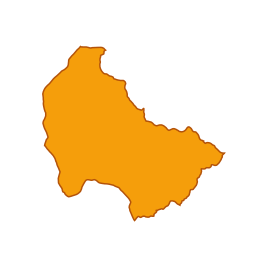 the district of San Miguel, Santander, Colombia, rotated 163°
{"feature_id": "7082276B16360663879170", "entity_name": "San Miguel", "entity_type": "district", "adm_level": 2, "iso_a3": "COL", "parent_name": "Colombia", "parent_adm1": "Santander", "projection": "albers", "projection_center": [-72.659, 6.563], "detail": "fine", "context": "isolated", "style": "filled", "palette": "amber", "viewbox_px": 256, "rotation_deg": 163, "n_neighbors": 0, "source": "geoboundaries", "source_scale": "gbopen_adm2", "svg_char_len": 5714}
<svg xmlns="http://www.w3.org/2000/svg" viewBox="0 0 256 256"><g transform="rotate(163 128 128)"><path d="M149.7,219.8L151.7,218.5L153.6,217.7L158.2,214.7L160.7,213.4L163.9,211.3L164.9,210.3L165.1,209.5L166.8,205.6L167.9,204.3L169.7,203.3L171.3,202.6L172.3,202.3L174.8,201.8L176.7,200.7L180.6,198.8L183.0,197.8L184.8,196.9L187.8,194.9L190.1,193.4L192.7,192.2L195.1,190.8L196.6,189.5L198.4,187.4L199.5,185.5L200.1,182.1L200.7,179.9L200.9,178.3L201.9,175.9L202.2,174.0L202.5,170.4L202.5,168.8L202.5,168.1L202.3,167.1L202.3,166.4L203.2,163.5L205.5,160.6L206.5,159.8L207.4,158.5L207.9,157.3L208.0,154.3L207.9,152.0L207.2,147.7L207.1,143.0L207.2,142.5L208.2,141.5L209.4,140.8L212.2,136.9L212.9,135.5L212.5,135.1L211.3,131.5L210.3,129.5L210.0,128.5L209.1,126.9L207.6,123.6L207.1,121.7L206.7,120.0L206.7,117.7L206.7,117.0L206.5,116.4L206.5,115.6L206.5,114.8L206.6,113.8L206.5,112.3L206.2,110.5L205.8,105.9L208.5,101.7L209.4,100.2L210.5,95.8L209.9,93.0L209.0,90.1L208.8,88.9L209.0,87.5L209.0,86.1L208.1,85.2L207.6,84.6L207.6,83.9L207.3,82.7L206.5,81.4L205.8,80.4L205.0,79.7L204.3,79.5L202.9,79.4L196.9,79.5L195.3,79.8L193.5,80.5L192.0,81.3L190.2,83.4L189.5,84.7L188.2,86.1L186.7,87.6L184.4,89.7L183.2,90.4L181.9,90.4L180.5,89.9L179.1,89.1L177.9,88.6L175.4,88.5L174.2,87.7L173.4,86.8L172.6,85.4L171.6,84.1L170.5,83.4L168.8,82.5L166.6,81.5L164.4,80.7L162.5,79.8L158.6,77.5L157.3,76.1L154.5,73.9L153.8,73.0L153.4,71.5L152.8,70.2L151.9,68.9L150.1,65.1L148.2,61.2L147.6,59.6L147.2,57.9L147.0,56.4L147.3,55.8L149.5,53.1L150.1,51.7L150.1,50.0L150.3,48.4L150.1,46.5L149.6,41.6L149.2,38.9L148.8,37.6L148.0,38.0L146.2,39.4L144.4,40.4L143.7,40.3L143.3,40.0L142.5,39.1L141.9,38.8L141.2,38.9L140.5,39.1L139.6,39.2L138.5,39.0L137.9,38.7L137.4,38.3L137.1,37.9L136.5,37.6L135.2,37.0L134.5,36.8L133.7,36.7L132.3,37.1L131.7,37.0L130.9,36.7L130.3,36.4L129.5,36.2L129.2,36.2L128.9,36.3L128.7,37.2L128.4,37.8L126.9,38.7L126.3,38.8L125.8,39.1L125.2,39.5L125.1,40.2L125.2,40.8L125.0,41.0L124.3,40.6L123.9,40.5L123.1,40.9L122.5,40.9L119.4,40.9L119.0,40.7L118.5,40.2L118.0,40.1L117.6,40.2L115.5,41.4L114.5,41.8L113.7,41.9L112.7,42.0L112.2,42.3L110.8,43.5L109.8,44.8L108.9,45.6L108.2,45.7L106.6,45.2L105.8,44.7L105.0,44.2L104.3,43.4L103.3,41.5L102.9,40.9L100.9,39.0L100.8,39.3L100.5,39.7L100.1,40.1L98.8,40.7L98.4,41.2L98.2,41.5L98.0,42.1L97.9,42.3L97.5,42.5L96.1,42.4L95.8,42.6L95.5,42.9L95.4,43.2L95.1,43.5L94.4,43.7L93.2,43.8L92.7,43.9L92.3,44.2L91.9,44.7L90.3,45.3L89.6,45.7L88.8,46.5L88.2,47.7L87.7,48.3L87.3,49.3L87.1,49.6L86.5,50.4L86.1,50.7L85.5,50.6L84.4,50.3L83.7,50.3L83.4,50.4L82.8,51.0L81.8,51.5L81.1,52.1L79.4,53.3L78.6,54.3L77.5,56.1L77.3,56.7L77.3,57.6L77.0,58.6L76.6,59.3L75.9,59.7L75.2,60.0L74.6,60.1L74.2,60.3L73.4,61.3L73.2,61.6L72.9,61.9L71.8,62.7L71.5,63.1L71.2,63.8L70.6,64.6L70.3,65.3L70.1,66.9L69.9,67.4L69.5,67.5L69.0,67.2L68.5,67.0L67.2,66.6L66.4,66.5L65.8,66.6L65.0,67.0L64.6,67.1L62.0,66.2L61.5,66.2L61.1,66.3L60.4,66.6L59.9,66.9L59.5,67.4L59.1,68.2L58.9,68.4L58.4,68.3L57.8,68.1L57.3,67.8L56.2,67.0L55.4,66.7L54.7,66.6L54.1,66.6L53.5,66.8L51.2,68.0L49.9,69.1L48.5,70.3L47.7,71.2L47.2,71.9L46.4,72.6L46.2,72.9L46.1,73.7L45.9,74.2L45.2,74.7L44.4,75.1L43.9,75.4L43.4,75.6L43.2,75.7L43.1,75.8L43.9,76.0L45.2,76.6L45.8,76.9L46.7,77.7L47.5,78.8L48.1,80.2L48.5,80.7L48.9,81.6L50.2,83.7L50.3,84.4L50.4,85.3L50.7,85.9L51.1,86.4L51.7,86.8L52.0,87.1L52.6,87.9L52.7,88.2L53.5,89.2L54.0,89.6L54.5,90.0L55.7,90.6L56.7,90.9L57.0,90.9L58.0,90.9L58.2,90.7L58.3,90.7L58.6,90.8L58.8,91.0L59.6,92.4L60.0,93.2L60.0,93.5L59.7,93.6L60.3,94.2L61.1,94.7L61.6,95.0L62.3,95.9L62.6,96.9L62.7,97.6L62.7,100.1L62.9,101.1L63.1,101.7L63.9,103.5L64.1,104.0L64.5,104.4L65.0,104.7L65.9,105.0L66.6,105.5L66.8,105.8L67.3,106.9L67.3,107.4L67.6,108.6L68.0,109.5L68.7,110.5L69.1,111.0L69.5,111.2L70.2,111.4L71.0,111.1L71.4,110.9L73.1,109.5L74.5,108.8L75.3,108.6L76.0,108.5L76.8,108.5L77.4,108.6L78.1,108.7L78.8,109.1L80.0,109.8L80.4,110.3L80.7,110.8L81.3,111.4L82.6,112.8L84.0,113.8L84.8,114.1L85.5,114.2L88.9,113.8L89.4,113.8L89.7,113.9L90.3,114.5L90.6,115.1L91.1,116.0L91.4,117.0L92.8,119.1L93.4,119.8L94.1,120.4L94.8,121.0L95.6,121.3L96.6,121.6L97.6,121.7L99.8,121.7L100.6,122.1L101.6,122.9L102.0,123.3L103.0,125.3L103.8,126.5L104.1,126.8L104.7,127.2L106.0,128.0L107.0,128.6L107.6,128.9L108.3,129.2L108.6,129.2L108.8,129.9L109.1,131.5L109.1,132.1L109.3,132.6L109.3,134.1L108.5,135.8L108.3,136.7L108.3,137.5L108.4,138.3L108.3,138.9L107.8,139.8L107.6,140.6L107.3,141.4L107.2,142.0L107.3,142.1L107.6,142.1L108.7,141.5L109.3,141.2L109.7,141.2L110.3,141.4L113.1,143.3L113.9,144.3L114.0,144.6L114.5,146.2L115.8,148.6L116.1,149.9L116.4,150.6L116.7,151.1L117.4,152.7L118.2,154.0L118.3,154.6L118.3,155.3L118.7,156.7L119.2,157.6L119.4,158.2L119.4,158.9L118.9,160.5L118.8,161.1L118.7,163.1L119.0,164.8L119.4,166.1L119.4,167.3L119.2,167.8L118.5,169.5L117.8,170.3L117.5,170.8L117.3,171.0L117.2,171.3L117.2,172.0L117.2,172.7L117.4,173.2L118.2,174.5L118.6,174.8L119.1,175.0L119.6,175.1L121.2,175.6L122.8,176.4L124.1,177.1L125.5,178.1L126.0,178.5L126.8,178.9L127.2,179.5L127.3,180.1L127.3,180.7L127.5,181.1L128.7,182.2L130.6,183.3L132.4,185.7L132.8,186.0L133.7,186.3L134.7,186.8L135.0,187.1L135.6,187.9L136.4,189.7L136.7,190.7L137.0,192.5L137.0,193.7L137.0,194.6L136.4,196.9L136.2,197.5L135.4,198.7L135.2,199.2L135.1,199.6L135.1,200.6L134.8,201.6L134.6,202.3L133.4,204.1L133.0,205.3L132.7,205.5L130.8,205.7L129.6,205.9L129.1,206.7L128.6,208.1L128.3,208.5L127.6,208.8L126.7,209.0L127.0,209.4L127.7,210.9L127.9,211.3L128.3,211.7L129.2,212.5L130.1,212.9L130.9,213.2L133.8,214.0L138.8,215.3L139.6,215.3L140.8,215.6L141.2,215.8L142.2,216.5L144.3,217.7L146.4,218.3L148.4,219.0L149.3,219.4L149.6,219.6L149.7,219.8Z" fill="#f59e0b" stroke="#b45309" stroke-width="1.5"/></g></svg>